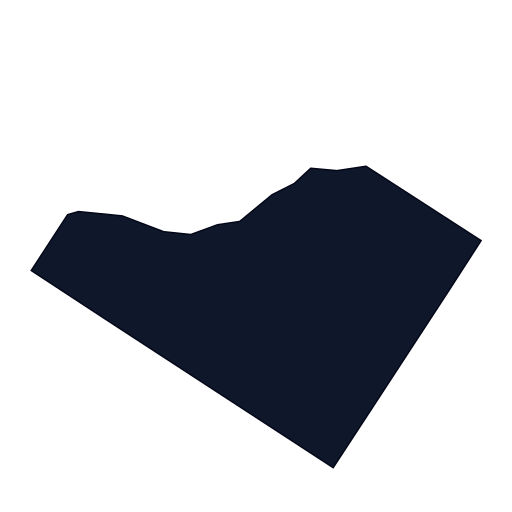 the district of Starke, Indiana, United States of America, rotated 33°
{"feature_id": "52423323B53006096789776", "entity_name": "Starke", "entity_type": "district", "adm_level": 2, "iso_a3": "USA", "parent_name": "United States of America", "parent_adm1": "Indiana", "projection": "mercator", "projection_center": [-86.683, 41.302], "detail": "fine", "context": "isolated", "style": "filled", "palette": "ink", "viewbox_px": 512, "rotation_deg": 33, "n_neighbors": 0, "source": "geoboundaries", "source_scale": "gbopen_adm2", "svg_char_len": 419}
<svg xmlns="http://www.w3.org/2000/svg" viewBox="0 0 512 512"><g transform="rotate(33 256 256)"><path d="M436.4,120.5L391.1,120.6L299.4,120.8L277.4,140.3L254.1,152.6L248.6,174.4L236.1,195.8L223.5,235.9L206.7,250.7L189.6,273.5L165.3,285.9L122.0,295.2L82.9,315.4L75.5,323.9L75.4,390.6L165.6,391.0L436.0,391.5L436.3,301.3L436.4,256.1L436.6,180.8L436.4,120.5Z" fill="#0f172a" stroke="#020617" stroke-width="1.5"/></g></svg>